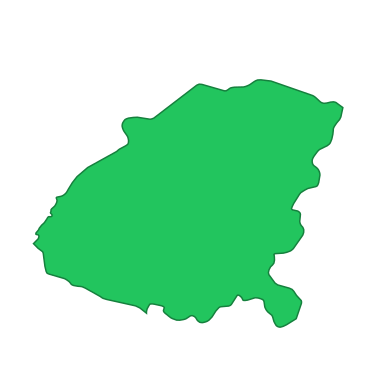 SVG path tracing the border of Eastern, rotated 17°
{"feature_id": "GHA-2161", "entity_name": "Eastern", "entity_type": "Region", "adm_level": 1, "iso_a3": "GHA", "parent_name": "Ghana", "parent_adm1": "", "projection": "orthographic", "projection_center": [-0.365, 6.459], "detail": "fine", "context": "isolated", "style": "filled", "palette": "green", "viewbox_px": 384, "rotation_deg": 17, "n_neighbors": 0, "source": "natural_earth", "source_scale": "10m", "svg_char_len": 4058}
<svg xmlns="http://www.w3.org/2000/svg" viewBox="0 0 384 384"><g transform="rotate(17 192 192)"><path d="M55.9,278.1L55.2,278.1L54.9,277.6L54.8,276.8L55.1,276.0L56.1,273.7L56.4,272.7L56.5,271.4L57.9,267.7L59.4,265.2L59.9,264.1L61.1,260.2L61.3,259.2L61.6,258.2L62.2,257.5L64.3,256.9L65.0,256.3L65.0,255.2L64.6,254.5L63.8,254.0L63.1,253.7L62.7,253.2L62.8,251.5L62.5,250.8L62.4,250.0L62.8,249.0L64.8,245.7L65.2,244.3L65.6,242.1L65.6,241.0L65.5,240.0L65.2,239.1L64.7,238.4L64.2,237.8L63.9,237.2L64.2,236.5L68.2,234.3L69.5,233.2L70.2,232.4L71.0,231.3L72.0,229.4L72.4,228.0L72.9,225.6L74.9,217.9L77.6,210.9L85.1,199.1L107.8,175.6L108.7,174.4L109.1,173.6L110.1,172.2L115.0,167.3L116.1,165.9L116.7,164.8L116.8,164.2L116.7,163.2L116.3,161.4L115.5,159.8L114.6,158.3L114.0,157.7L113.4,157.1L109.3,153.9L108.1,152.7L107.0,151.3L106.1,149.8L105.8,149.0L105.6,148.0L105.5,147.0L105.6,146.0L106.1,144.0L106.8,142.3L107.9,141.2L109.7,139.9L114.0,137.9L117.8,136.5L130.4,134.7L131.3,134.4L132.4,133.7L133.9,132.5L165.3,88.5L167.3,86.8L170.0,86.2L193.3,85.8L195.0,85.3L196.9,83.2L197.4,82.3L198.6,81.1L200.0,80.3L201.9,79.4L210.6,76.5L212.7,75.2L214.8,73.5L216.0,72.3L219.4,68.0L220.6,66.8L222.0,65.7L225.1,64.6L235.2,62.8L279.3,64.5L281.3,65.0L283.0,65.7L286.9,67.6L288.9,68.5L290.4,68.7L291.6,68.7L292.6,68.5L295.1,67.4L298.3,65.5L301.0,64.4L302.2,64.3L303.4,64.3L311.6,67.2L312.4,76.7L311.9,79.8L311.5,80.5L310.2,83.6L309.1,87.1L308.7,89.1L308.7,90.5L309.0,91.4L309.8,95.5L310.2,100.5L310.0,103.3L309.7,105.1L309.3,106.0L307.8,108.2L305.3,110.5L304.7,111.1L301.6,114.0L300.7,115.4L299.8,117.5L298.2,122.1L297.7,124.3L297.6,126.1L298.1,128.0L298.9,129.5L299.5,130.2L300.1,130.7L300.9,131.2L303.5,132.1L305.2,132.9L306.6,134.0L307.7,135.2L308.7,136.7L309.4,138.4L310.4,145.9L310.3,147.9L310.0,149.4L309.5,150.0L308.9,150.6L302.0,154.6L301.3,155.2L298.9,157.6L298.4,158.3L297.8,158.9L297.3,159.6L296.7,160.2L296.2,160.9L295.4,162.9L292.6,173.3L292.1,176.6L292.0,178.8L292.5,179.4L293.4,179.7L298.6,179.3L299.5,179.5L300.3,179.8L301.1,180.2L301.7,180.8L302.2,181.6L302.6,183.5L303.4,187.6L303.6,188.5L303.9,189.3L304.9,190.8L306.1,192.0L308.3,193.4L309.1,194.3L309.9,195.4L310.6,197.9L310.6,199.5L310.5,201.0L305.5,216.4L305.1,217.2L304.1,218.7L303.6,219.3L303.0,219.9L300.2,222.0L297.3,223.7L289.4,226.7L288.6,227.7L289.6,229.6L290.8,233.0L291.1,236.1L290.3,238.3L289.0,240.6L288.4,243.8L288.6,246.7L289.7,248.6L298.0,254.8L301.1,255.8L313.1,255.5L316.2,255.9L318.4,257.2L322.1,260.3L328.2,263.9L328.9,265.1L329.2,266.5L328.7,282.7L321.2,291.3L318.5,293.8L316.2,295.3L315.2,295.6L313.8,295.7L312.7,295.5L311.8,295.2L311.1,294.7L309.2,292.9L308.1,291.7L305.8,288.1L305.2,287.4L304.5,286.6L299.7,284.6L298.9,284.1L297.5,283.1L296.3,281.9L295.2,280.6L292.9,275.7L292.2,274.9L291.1,274.2L288.9,274.0L286.4,274.0L284.4,274.4L283.1,274.8L276.8,279.1L274.7,280.1L273.4,280.5L272.8,280.6L272.2,280.4L271.0,279.0L270.1,278.3L269.0,277.7L267.1,277.0L266.0,277.2L265.4,277.8L262.5,288.1L261.8,289.2L260.5,290.3L253.1,293.3L252.2,293.9L251.5,294.7L249.6,298.8L247.7,305.6L246.0,309.0L245.6,309.7L245.0,310.4L244.2,311.3L242.9,312.3L240.4,313.8L238.8,314.2L237.5,314.3L235.6,313.7L234.1,312.8L233.5,312.2L232.9,311.6L232.0,311.0L230.8,310.4L228.8,310.1L227.7,310.4L226.7,310.9L223.4,314.9L222.4,315.7L220.9,316.6L217.9,318.1L216.2,318.6L214.7,319.0L210.4,318.8L208.6,318.5L205.4,317.3L204.6,316.9L201.9,315.9L200.3,315.0L199.7,314.4L199.3,313.6L199.3,310.6L198.2,309.9L196.3,309.7L188.7,310.3L186.9,310.6L185.4,311.1L185.0,311.3L184.5,311.6L184.3,312.2L184.1,312.8L183.3,316.6L183.3,318.1L183.4,319.1L183.5,319.9L183.9,321.2L176.0,318.1L171.3,317.4L141.8,319.7L138.0,319.7L136.0,319.2L135.1,318.8L118.0,315.1L114.6,314.7L112.6,315.0L110.5,315.5L106.1,316.0L104.6,315.9L103.4,315.5L101.7,314.2L100.4,313.5L97.7,312.6L96.1,312.2L94.9,312.1L79.7,312.3L78.2,312.2L77.0,311.9L76.6,311.5L75.7,310.5L73.1,306.1L67.7,294.2L67.2,293.4L66.4,292.7L61.2,290.8L55.5,287.7L58.7,281.5L58.6,279.1L58.1,278.4L57.5,278.0L56.6,278.0L55.9,278.1Z" fill="#22c55e" stroke="#15803d" stroke-width="1.5"/></g></svg>